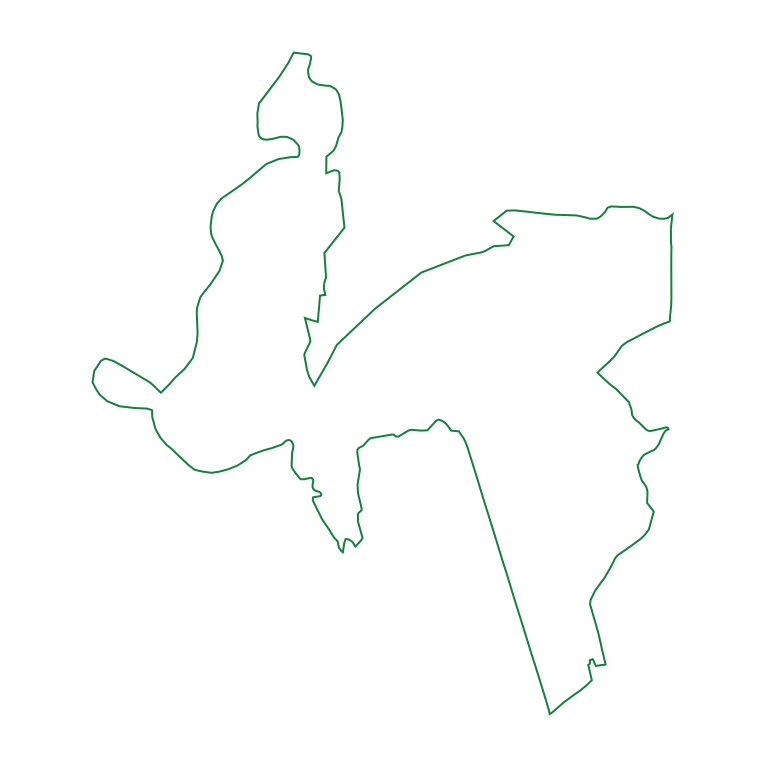 Cam Le, Đà Nẵng, Vietnam, rotated 179°
{"feature_id": "81297802B37110717960369", "entity_name": "Cam Le", "entity_type": "district", "adm_level": 2, "iso_a3": "VNM", "parent_name": "Vietnam", "parent_adm1": "Đà Nẵng", "projection": "robinson", "projection_center": [108.198, 16.017], "detail": "fine", "context": "isolated", "style": "outline", "palette": "green", "viewbox_px": 768, "rotation_deg": 179, "n_neighbors": 0, "source": "geoboundaries", "source_scale": "gbopen_adm2", "svg_char_len": 5689}
<svg xmlns="http://www.w3.org/2000/svg" viewBox="0 0 768 768"><g transform="rotate(179 384 384)"><path d="M286.7,267.6L281.3,249.4L274.9,227.3L269.1,207.1L265.2,194.1L263.8,189.2L256.0,162.0L249.3,139.4L242.4,115.5L238.6,102.8L233.2,84.4L227.3,64.0L224.3,52.8L224.1,51.1L222.7,51.8L219.3,54.5L215.6,57.7L209.6,62.7L200.3,69.3L192.1,74.9L189.1,77.3L185.2,80.6L181.4,84.2L184.7,99.5L183.1,100.7L182.9,101.1L183.1,104.1L182.4,104.6L181.0,104.8L180.4,105.3L179.8,104.5L179.1,103.2L178.3,100.9L176.9,98.3L173.5,98.9L171.7,99.2L168.9,99.3L167.8,99.5L167.4,99.9L169.5,109.7L171.1,116.9L171.8,120.5L174.2,131.9L181.8,160.1L181.3,164.3L177.6,171.5L177.1,172.6L176.1,174.2L173.0,178.4L167.0,186.2L161.7,194.8L158.0,201.6L156.1,205.4L153.7,208.5L149.9,211.0L145.0,214.2L139.5,218.0L133.5,222.2L128.7,225.8L124.8,229.9L121.7,234.0L116.5,251.8L123.0,260.4L122.5,270.4L122.5,272.5L123.2,275.3L123.5,276.3L124.5,278.1L126.4,280.8L127.2,282.0L128.1,283.4L128.4,284.4L129.3,287.1L130.2,290.6L131.0,293.8L131.6,296.5L131.8,298.3L131.7,298.3L131.3,298.8L131.0,299.4L130.1,301.9L129.2,303.6L128.1,305.2L126.6,307.3L125.8,308.1L124.7,309.0L122.1,310.2L121.5,310.5L120.3,311.1L119.3,311.6L118.1,312.2L116.2,312.9L115.3,313.3L114.4,314.0L113.3,315.0L111.4,317.4L110.3,318.8L109.6,320.3L108.8,322.3L105.6,329.1L103.4,332.3L100.3,333.9L100.4,334.2L101.2,335.4L101.8,335.6L103.0,335.7L105.6,335.0L109.5,334.1L115.9,332.8L119.1,332.3L119.9,332.5L121.3,333.0L123.3,334.4L129.6,340.9L131.8,342.7L133.6,344.2L134.8,345.7L135.8,347.4L136.5,348.8L137.0,354.1L139.5,361.6L152.0,374.9L158.3,379.9L170.4,391.5L168.0,393.8L164.5,397.0L160.4,400.6L159.2,401.7L157.7,403.0L156.5,404.1L155.3,405.4L153.2,407.5L152.2,408.8L150.8,410.6L149.4,412.6L148.1,414.4L146.8,416.3L145.7,417.7L144.5,418.8L139.8,422.0L111.4,436.1L103.3,439.5L97.2,441.5L96.7,447.6L95.5,457.0L95.1,466.8L94.7,499.1L94.6,502.7L94.5,507.9L94.2,515.4L94.2,516.6L94.6,520.5L94.4,535.3L92.6,548.5L97.1,545.1L101.3,544.3L106.1,544.6L111.6,546.4L114.6,548.1L120.4,552.5L125.6,555.3L131.2,556.8L143.7,556.9L153.5,557.6L157.3,556.4L160.3,551.8L164.2,548.0L166.7,546.2L169.0,545.6L174.7,545.6L180.5,547.3L188.7,549.2L210.6,550.3L226.8,552.3L236.6,553.6L250.1,555.3L256.9,555.2L258.3,555.2L271.6,545.0L251.8,529.2L256.9,520.6L271.7,519.9L279.6,515.8L280.1,515.4L284.1,513.9L300.3,511.1L301.7,510.6L344.7,494.8L391.3,459.7L406.0,446.3L430.5,423.9L440.3,405.7L453.7,383.4L458.7,392.5L460.8,399.8L463.0,413.1L463.2,414.9L461.9,417.8L457.6,426.2L456.9,428.1L457.2,430.7L461.9,451.4L455.2,449.0L449.1,447.3L446.4,473.5L441.1,474.1L442.0,478.4L442.5,481.6L441.8,486.7L440.1,491.4L441.3,516.0L420.8,541.0L423.4,570.0L425.9,577.9L424.7,589.8L425.0,596.3L426.6,598.1L430.3,598.6L438.1,595.7L437.6,612.3L430.6,618.0L427.9,622.5L425.1,631.6L422.2,636.3L421.1,642.2L420.6,648.7L421.5,658.2L422.6,667.7L423.9,673.9L425.6,677.4L427.2,679.7L432.9,683.0L436.8,683.3L442.6,684.1L445.4,684.9L447.4,685.9L449.0,686.8L450.6,687.8L451.9,689.4L452.8,690.6L453.4,691.9L453.8,693.1L454.3,695.7L454.4,698.2L454.3,700.2L452.8,704.3L451.3,710.4L451.3,713.0L453.8,714.9L468.6,716.9L474.2,706.5L483.3,693.1L497.7,674.7L504.1,666.6L505.9,656.6L505.8,648.4L506.0,643.7L505.3,637.3L504.6,634.0L502.8,632.1L501.6,631.3L500.6,630.8L498.8,630.5L497.4,630.3L491.7,630.9L482.6,633.0L476.9,632.8L473.9,631.5L470.0,629.6L467.5,626.6L465.5,624.2L464.7,621.7L464.4,618.7L464.6,616.2L464.8,614.6L466.3,612.6L473.6,612.4L485.4,610.8L497.9,606.0L515.3,591.7L523.3,585.6L543.0,572.5L547.9,567.3L551.8,559.8L553.4,554.0L554.7,544.2L554.4,540.1L554.1,536.6L553.1,533.6L549.5,525.9L548.0,523.2L544.0,514.9L542.9,510.1L546.5,500.0L556.2,486.2L563.2,477.9L566.2,473.8L567.9,468.6L569.7,463.0L570.0,458.8L569.5,437.9L570.4,429.3L574.7,413.4L583.3,402.4L592.7,394.0L599.0,387.1L606.9,379.5L607.3,379.2L613.7,385.7L617.8,389.5L630.1,397.2L644.6,406.2L653.9,411.6L658.2,413.1L662.6,414.3L663.1,414.0L666.6,412.1L673.5,402.0L674.4,397.0L674.6,395.2L675.4,390.8L671.9,383.8L668.4,378.2L661.0,371.6L649.0,366.4L634.2,364.4L620.9,363.5L616.4,361.8L616.3,355.0L613.1,342.5L608.4,334.1L602.7,327.2L597.6,322.9L592.7,318.0L581.1,306.6L575.9,302.4L574.5,301.4L566.9,299.6L557.9,298.2L550.4,299.2L541.2,301.5L531.7,305.1L522.8,310.8L519.0,315.0L512.2,317.5L504.7,320.0L497.1,321.9L491.5,323.8L488.3,324.8L486.0,326.0L484.6,327.7L482.5,329.2L480.1,329.7L478.2,329.0L476.6,327.2L476.4,326.2L475.7,324.0L476.2,320.0L477.0,317.4L477.4,311.5L477.7,305.9L477.8,303.0L477.0,301.0L474.2,296.8L470.1,291.3L468.8,290.2L465.2,290.2L463.5,290.6L461.8,290.9L459.1,291.4L457.9,291.2L457.2,290.4L456.6,289.5L456.4,287.7L457.0,285.5L457.2,283.3L457.1,281.8L456.6,280.4L455.1,279.0L453.4,278.1L451.9,277.7L450.4,277.3L449.2,276.0L448.7,274.7L449.0,273.7L449.8,273.0L456.8,272.0L457.1,270.5L457.2,268.8L448.5,250.4L447.8,249.1L446.8,247.6L445.0,244.9L442.2,240.6L437.4,232.6L436.3,230.9L433.2,227.7L431.9,221.2L429.7,217.9L428.1,216.5L426.7,224.5L426.1,227.0L425.1,229.6L424.2,229.7L421.3,228.8L418.3,226.7L417.0,224.6L415.5,222.0L410.0,227.6L408.1,230.3L412.4,246.9L412.4,253.8L411.9,255.3L409.8,257.1L408.6,258.4L408.5,259.9L411.3,272.6L411.9,275.6L412.2,283.9L409.5,299.0L409.8,301.0L410.3,303.0L411.9,315.9L411.9,317.5L411.7,318.6L411.4,319.1L410.7,320.2L408.8,321.2L406.4,322.4L405.3,323.3L402.8,326.0L400.1,328.8L398.9,329.7L397.5,330.2L392.8,330.9L382.3,332.5L378.9,333.0L377.0,333.3L374.9,333.1L373.7,332.0L373.2,331.4L372.0,331.2L370.5,331.2L370.0,331.5L360.4,337.0L358.7,337.6L357.1,337.7L348.3,336.8L341.5,336.9L332.7,346.1L330.3,347.4L328.5,347.0L325.7,345.6L322.4,342.9L320.5,340.3L317.5,336.2L309.9,335.3L307.5,331.5L305.3,328.2L303.7,325.0L301.4,318.5L292.8,289.1L286.7,267.6Z" fill="none" stroke="#15803d" stroke-width="2"/></g></svg>